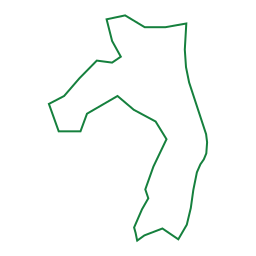 map outline of Zilupes (Mercator projection)
{"feature_id": "LVA-5746", "entity_name": "Zilupes", "entity_type": "Municipality", "adm_level": 1, "iso_a3": "LVA", "parent_name": "Latvia", "parent_adm1": "", "projection": "mercator", "projection_center": [28.074, 56.289], "detail": "fine", "context": "isolated", "style": "outline", "palette": "green", "viewbox_px": 256, "rotation_deg": 0, "n_neighbors": 0, "source": "natural_earth", "source_scale": "10m", "svg_char_len": 620}
<svg xmlns="http://www.w3.org/2000/svg" viewBox="0 0 256 256"><path d="M186.3,23.5L184.8,49.6L186.0,67.1L189.1,82.4L206.1,134.2L207.1,142.3L206.3,153.4L203.8,159.4L200.4,164.3L196.9,172.3L193.3,190.1L190.8,208.0L186.8,224.7L178.3,239.3L162.4,228.5L144.4,235.4L137.2,240.6L137.1,240.3L135.6,232.9L134.1,227.5L142.0,209.3L148.3,198.3L145.3,189.4L153.4,166.6L166.5,139.2L155.6,121.5L133.8,109.8L117.5,96.0L87.0,113.7L80.5,131.3L58.7,131.3L48.9,103.9L64.1,96.0L79.4,78.3L96.8,60.6L112.1,62.6L120.8,56.7L112.1,41.0L106.6,19.3L125.1,15.4L144.7,27.2L165.4,27.2L186.3,23.5Z" fill="none" stroke="#15803d" stroke-width="2"/></svg>